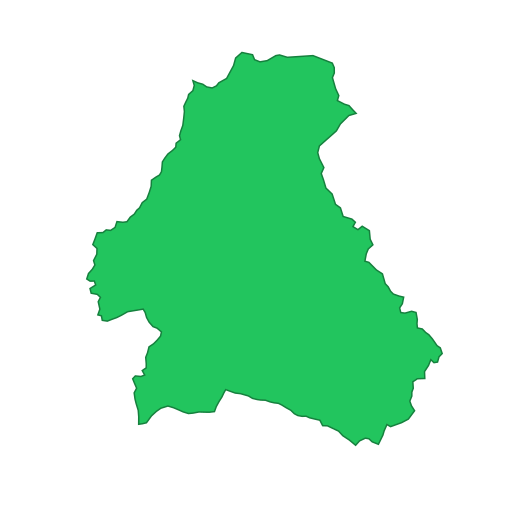 outline of Vila Nova do Sul, Rio Grande do Sul, Brazil, rotated 172°
{"feature_id": "56859067B59738073303850", "entity_name": "Vila Nova do Sul", "entity_type": "district", "adm_level": 2, "iso_a3": "BRA", "parent_name": "Brazil", "parent_adm1": "Rio Grande do Sul", "projection": "albers", "projection_center": [-53.869, -30.353], "detail": "fine", "context": "isolated", "style": "filled", "palette": "green", "viewbox_px": 512, "rotation_deg": 172, "n_neighbors": 0, "source": "geoboundaries", "source_scale": "gbopen_adm2", "svg_char_len": 3118}
<svg xmlns="http://www.w3.org/2000/svg" viewBox="0 0 512 512"><g transform="rotate(172 256 256)"><path d="M294.1,438.4L293.4,433.5L295.5,428.5L300.2,425.4L301.6,421.8L304.1,418.2L306.6,414.3L306.8,409.0L308.3,402.9L310.3,395.5L313.0,390.4L315.0,385.8L314.5,381.7L319.4,378.8L320.3,374.9L324.1,372.1L329.0,369.3L332.6,365.7L335.6,362.2L336.8,356.8L337.9,352.6L340.3,349.6L344.0,348.1L349.0,345.6L350.1,339.6L352.8,333.9L356.3,327.5L361.2,324.7L364.6,319.9L367.7,317.9L370.7,314.4L375.1,312.0L379.0,307.9L383.1,307.9L388.9,309.4L391.6,303.9L396.4,301.6L400.7,302.7L404.3,300.5L410.0,301.1L413.1,295.2L416.0,290.0L412.4,285.6L413.4,279.9L417.5,274.1L416.8,269.5L420.0,265.6L424.3,262.0L426.8,256.8L423.8,254.2L419.6,253.7L418.8,249.6L424.9,246.9L424.4,242.1L418.5,240.1L415.8,236.7L418.6,232.7L418.0,225.1L420.8,219.7L417.4,218.3L417.2,213.7L412.3,212.2L407.3,213.4L402.5,214.4L397.4,216.1L390.9,218.7L375.1,219.1L373.6,215.4L372.9,210.3L371.0,205.3L367.8,200.4L364.0,198.3L360.2,194.0L361.7,189.9L365.7,186.3L369.7,183.3L374.6,180.9L376.9,175.2L379.3,171.0L379.7,164.5L380.3,160.5L384.6,158.4L382.8,153.6L386.7,152.7L392.2,154.0L395.2,151.6L393.9,146.4L392.6,141.7L395.7,137.4L395.7,131.1L395.2,126.5L394.1,119.6L394.5,113.1L395.6,105.7L391.8,105.7L387.7,106.1L381.8,112.2L376.3,116.0L371.4,118.5L364.1,119.7L358.7,117.2L353.7,114.2L349.9,111.8L344.8,109.4L340.1,109.2L334.2,109.5L328.4,108.5L323.8,107.8L318.8,107.7L316.3,112.4L312.9,117.0L309.4,121.1L306.9,124.9L304.6,127.9L299.7,125.3L295.7,123.2L290.4,121.8L286.4,120.0L283.0,118.5L279.3,115.5L274.8,113.7L271.3,112.7L266.8,111.9L262.4,109.6L258.5,108.1L254.3,107.0L251.1,104.8L247.4,101.7L243.0,98.4L240.0,94.5L236.8,92.2L232.6,90.8L228.7,90.4L225.4,88.3L220.6,86.4L215.6,84.5L213.6,78.7L208.9,77.9L205.0,75.3L198.6,71.1L195.0,65.9L189.2,60.8L183.7,54.7L179.2,58.5L173.1,60.4L169.6,59.3L166.8,55.8L161.0,52.5L155.3,60.9L153.5,64.9L149.8,70.9L146.5,68.3L135.0,70.7L127.8,73.3L120.5,80.7L122.9,86.0L123.9,90.9L121.2,95.6L120.6,99.6L118.7,103.1L118.2,109.6L113.3,112.0L105.9,111.2L105.2,118.1L100.4,123.6L97.3,129.0L94.6,125.6L91.0,125.7L88.8,130.7L85.2,133.5L86.3,139.4L89.2,142.0L92.8,149.2L95.8,154.0L98.6,156.6L101.5,160.6L106.2,162.3L106.0,166.7L105.1,170.7L105.4,177.8L109.6,179.6L116.4,178.7L120.5,179.8L121.0,184.6L117.7,188.4L115.5,194.7L119.9,196.4L125.3,199.2L127.6,202.3L129.4,207.1L131.9,210.6L133.3,220.7L138.7,225.4L145.1,234.0L148.9,235.7L146.5,242.8L143.8,247.4L138.7,250.8L140.6,256.7L140.2,265.3L146.7,270.7L151.4,267.9L155.9,271.6L152.9,275.6L155.9,279.2L164.2,283.0L165.7,291.9L170.1,296.1L172.0,306.8L177.3,313.5L178.6,322.1L179.9,328.6L176.5,334.1L179.7,343.5L180.5,349.8L177.9,356.2L159.0,368.7L154.1,375.0L144.5,382.2L137.0,383.3L140.0,387.5L143.0,392.0L147.3,394.0L153.8,398.6L151.7,403.3L153.9,410.6L155.5,422.0L153.0,426.3L152.3,431.6L153.6,436.4L171.7,446.5L197.3,448.4L204.7,451.8L208.4,451.7L217.7,447.9L225.0,447.7L230.1,450.6L231.4,455.8L241.6,459.5L248.6,454.9L251.7,447.7L260.4,435.9L268.7,432.7L271.5,430.0L276.0,428.5L281.3,430.3L284.8,433.5L289.8,435.7L294.1,438.4Z" fill="#22c55e" stroke="#15803d" stroke-width="1.5"/></g></svg>